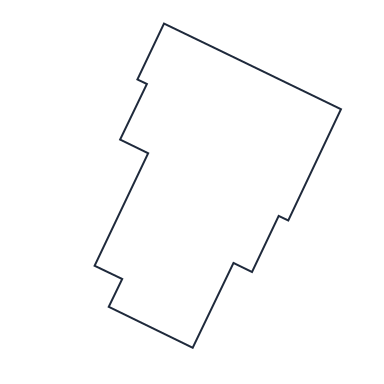 Allen, Ohio, United States of America, rotated 296°
{"feature_id": "52423323B40875098856035", "entity_name": "Allen", "entity_type": "district", "adm_level": 2, "iso_a3": "USA", "parent_name": "United States of America", "parent_adm1": "Ohio", "projection": "orthographic", "projection_center": [-84.117, 40.782], "detail": "fine", "context": "isolated", "style": "outline", "palette": "slate", "viewbox_px": 384, "rotation_deg": 296, "n_neighbors": 0, "source": "geoboundaries", "source_scale": "gbopen_adm2", "svg_char_len": 351}
<svg xmlns="http://www.w3.org/2000/svg" viewBox="0 0 384 384"><g transform="rotate(296 192 192)"><path d="M331.1,93.0L269.2,93.6L269.3,104.1L207.6,104.4L207.6,135.6L83.0,136.8L83.2,167.4L52.3,167.5L52.3,260.9L146.4,260.4L146.4,281.0L208.5,280.4L208.6,291.0L331.7,289.6L331.4,164.7L331.1,93.0Z" fill="none" stroke="#1e293b" stroke-width="2"/></g></svg>